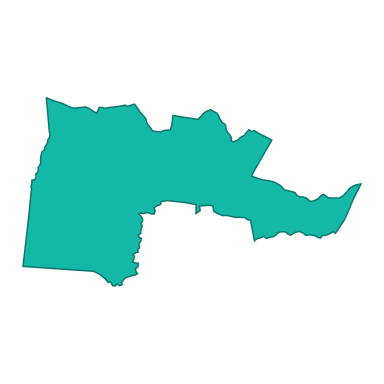 Campina Grande, Paraíba, Brazil
{"feature_id": "56859067B75608980629156", "entity_name": "Campina Grande", "entity_type": "district", "adm_level": 2, "iso_a3": "BRA", "parent_name": "Brazil", "parent_adm1": "Paraíba", "projection": "orthographic", "projection_center": [-35.922, -7.27], "detail": "fine", "context": "isolated", "style": "filled", "palette": "teal", "viewbox_px": 384, "rotation_deg": 0, "n_neighbors": 0, "source": "geoboundaries", "source_scale": "gbopen_adm2", "svg_char_len": 3203}
<svg xmlns="http://www.w3.org/2000/svg" viewBox="0 0 384 384"><path d="M23.0,266.4L93.6,271.3L97.7,273.3L100.6,274.8L102.3,276.6L104.4,278.1L106.7,280.6L108.4,282.5L110.7,281.9L112.6,285.6L115.1,286.1L117.0,284.0L119.4,285.6L122.3,284.6L121.4,282.3L123.8,279.6L126.0,277.2L129.6,276.5L132.2,275.5L135.2,275.1L137.6,273.5L136.0,271.7L135.5,268.8L138.0,266.6L138.3,263.2L134.7,262.9L132.5,261.9L133.8,258.8L134.5,256.2L132.7,254.7L135.4,252.7L138.0,252.2L137.8,249.5L139.5,248.0L138.9,244.2L140.7,241.4L141.3,238.4L139.0,237.2L138.4,234.6L140.7,233.6L140.9,229.6L142.2,226.0L141.0,223.1L142.7,220.8L142.4,218.4L140.8,216.1L138.5,214.0L140.6,213.0L143.0,213.6L145.4,212.9L148.7,212.7L151.1,213.9L154.3,214.0L155.1,210.8L154.0,207.8L157.0,205.8L160.5,204.4L161.4,201.5L164.1,201.0L167.5,200.6L182.7,202.3L185.4,202.5L196.1,204.6L196.0,213.5L200.2,210.7L199.4,205.9L202.9,205.8L205.4,205.5L209.3,205.3L213.1,205.8L213.1,208.3L213.8,211.3L216.0,212.7L219.1,214.2L222.5,215.6L226.7,215.4L231.6,216.5L235.1,217.3L237.7,217.3L241.0,217.3L244.7,217.6L248.0,219.9L250.5,220.3L254.5,240.9L256.5,238.9L260.8,237.7L264.0,236.3L266.1,238.5L269.0,237.4L273.3,236.7L275.7,235.3L277.5,233.3L279.6,232.2L282.6,231.7L285.6,231.9L288.0,234.2L290.8,235.2L293.1,233.4L295.6,232.3L299.6,231.4L303.7,233.5L306.0,235.5L308.8,234.8L312.0,235.1L315.3,235.8L318.1,237.6L320.7,237.9L322.2,235.6L324.8,235.5L327.5,234.7L330.3,233.5L333.0,231.7L335.3,233.4L343.7,221.1L347.1,214.1L353.0,199.8L361.0,184.0L355.9,184.9L353.5,185.8L351.0,187.3L349.2,189.0L343.7,195.3L341.1,197.0L338.7,198.2L336.2,198.0L332.9,198.0L330.2,197.9L327.9,197.7L325.9,196.0L323.4,194.3L321.0,195.7L318.0,198.8L314.1,200.8L310.1,201.4L306.8,198.3L303.4,197.0L300.0,196.9L297.2,195.6L295.0,192.6L291.9,191.6L288.7,190.9L284.9,190.1L282.7,188.0L280.9,186.0L278.6,184.5L275.3,182.5L270.5,181.1L266.1,180.4L263.6,180.1L259.5,178.9L254.6,177.2L251.4,176.2L255.2,169.0L271.8,140.2L268.3,138.3L265.4,136.7L262.4,135.2L259.1,133.7L256.9,132.3L254.3,130.6L251.6,131.5L248.9,129.8L246.3,132.7L244.3,135.5L241.5,136.7L239.2,138.6L236.9,140.4L233.7,141.7L231.3,141.2L231.2,137.3L229.6,134.7L227.9,132.7L226.0,129.5L225.9,125.9L224.6,124.0L221.9,122.3L219.5,118.0L218.4,115.4L216.9,113.2L213.1,111.2L210.8,109.7L206.7,111.2L204.0,113.0L202.5,114.7L200.3,117.0L197.9,119.3L181.9,117.0L172.9,115.4L171.9,124.3L170.4,130.0L167.1,130.2L163.7,130.4L160.7,132.1L156.1,131.5L152.6,130.9L151.1,128.8L149.7,126.9L147.0,123.3L146.2,119.6L144.8,117.4L142.9,115.3L140.4,112.6L138.6,109.8L136.6,107.0L134.6,104.2L132.2,104.8L129.9,105.5L127.2,106.4L125.1,105.1L121.8,105.9L118.4,106.4L115.4,106.9L111.6,107.2L107.6,107.8L104.4,108.3L102.2,107.4L99.1,107.5L98.0,110.4L96.8,113.1L94.1,111.9L91.8,110.3L88.7,108.1L85.8,107.0L82.5,107.3L78.9,107.7L74.1,108.2L70.2,107.2L67.2,105.8L64.8,104.5L60.5,102.8L56.8,101.7L53.2,100.6L50.6,99.5L46.4,97.9L49.3,131.9L50.1,134.8L49.4,137.5L47.9,139.8L47.3,143.2L45.0,146.9L44.4,149.9L41.8,152.0L41.1,155.2L40.5,159.0L40.7,162.9L39.6,165.6L38.1,167.5L38.4,170.4L37.3,172.5L35.7,174.3L36.1,176.9L34.8,179.6L31.9,180.3L31.9,183.1L31.0,186.3L31.6,190.3L31.1,192.6L30.3,200.8L28.5,218.3L23.0,266.4Z" fill="#14b8a6" stroke="#0f766e" stroke-width="1.5"/></svg>